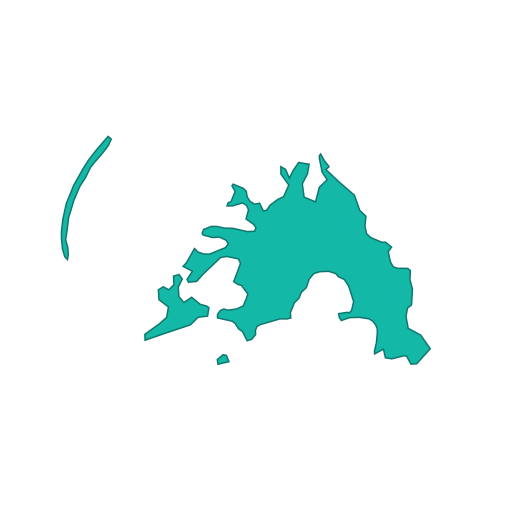 the district of St. Bernard, Louisiana, United States of America, rotated 201°
{"feature_id": "52423323B38935818871161", "entity_name": "St. Bernard", "entity_type": "district", "adm_level": 2, "iso_a3": "USA", "parent_name": "United States of America", "parent_adm1": "Louisiana", "projection": "equal_earth", "projection_center": [-89.414, 29.891], "detail": "fine", "context": "isolated", "style": "filled", "palette": "teal", "viewbox_px": 512, "rotation_deg": 201, "n_neighbors": 0, "source": "geoboundaries", "source_scale": "gbopen_adm2", "svg_char_len": 2885}
<svg xmlns="http://www.w3.org/2000/svg" viewBox="0 0 512 512"><g transform="rotate(201 256 256)"><path d="M111.3,209.6L110.2,207.1L103.6,214.7L98.7,207.3L92.3,208.7L82.0,216.0L79.5,216.5L72.6,210.6L67.4,212.9L60.1,231.9L74.0,241.2L88.0,243.0L94.3,253.3L95.9,261.6L93.3,266.1L98.1,281.2L103.8,289.1L106.7,297.7L109.9,298.8L119.5,295.2L124.2,295.2L128.6,298.9L134.1,307.5L132.6,312.9L140.1,315.3L143.3,313.9L155.4,314.3L160.7,316.4L164.9,322.7L167.6,332.5L175.4,335.7L185.9,348.0L204.7,354.8L221.8,361.8L219.8,365.4L220.4,366.0L226.4,369.5L232.2,374.4L232.3,374.1L232.8,372.6L231.9,370.0L224.4,358.1L216.9,352.6L221.5,342.9L219.8,327.9L232.2,328.2L238.6,340.0L237.4,351.3L239.3,360.7L249.7,358.6L252.0,348.9L252.8,340.6L259.5,347.5L264.8,348.3L262.1,341.4L250.8,334.0L251.5,321.3L256.0,316.6L261.0,308.6L262.5,302.4L265.3,300.7L271.5,306.6L275.8,303.9L281.2,304.9L285.3,307.9L288.3,312.9L291.9,314.6L303.1,314.9L303.6,312.9L298.6,308.9L298.8,297.7L301.0,295.9L301.0,292.4L295.8,294.4L287.6,300.7L283.1,299.9L279.5,296.4L278.6,287.0L269.6,284.7L266.3,282.5L266.1,278.7L272.8,275.7L287.7,273.5L295.2,270.8L303.4,269.5L308.5,267.5L314.4,262.0L314.4,257.8L312.8,256.6L302.7,257.8L297.1,260.5L289.8,260.1L286.2,257.6L287.6,252.8L300.1,241.1L305.7,239.1L311.6,238.9L316.1,240.9L318.5,224.9L320.4,220.2L309.9,219.0L312.0,209.5L309.7,207.3L302.3,211.0L298.9,220.0L288.5,241.9L283.1,245.1L271.3,247.0L267.8,243.5L267.6,224.1L262.9,223.0L259.0,223.3L250.0,217.6L249.8,212.2L250.0,204.8L253.3,201.5L255.5,199.4L262.9,195.3L267.0,195.0L269.8,192.3L271.0,187.7L269.8,184.4L254.7,186.6L251.2,185.5L246.1,181.7L241.5,180.6L233.9,173.7L230.1,176.8L228.2,182.6L229.8,186.1L229.9,190.4L227.5,193.4L211.2,205.8L204.6,208.3L201.3,210.6L203.6,215.4L203.4,226.0L200.7,232.1L200.7,238.2L197.7,244.5L198.1,253.3L195.8,260.2L190.9,264.2L182.7,267.7L175.3,268.2L171.7,266.2L165.0,265.7L158.7,261.1L148.5,248.4L147.3,239.7L148.4,236.3L150.5,236.2L158.2,231.8L156.2,228.5L153.3,226.3L146.5,232.0L137.7,235.7L128.2,237.8L123.7,237.1L120.1,234.9L118.9,233.8L117.0,232.0L115.2,227.7L112.5,218.1L111.8,212.9L111.3,209.6ZM279.7,182.5L281.4,190.8L284.1,191.6L290.7,190.9L299.7,193.9L301.3,194.4L306.7,186.7L313.4,190.5L317.4,199.0L316.6,208.1L321.2,211.1L325.8,207.7L322.3,199.8L325.3,193.2L331.6,194.0L335.0,189.4L330.9,180.4L319.5,177.1L317.4,166.7L322.0,157.9L331.7,143.1L329.4,137.6L315.4,149.4L292.5,168.3L288.1,178.1L279.7,182.5ZM430.7,185.1L431.8,190.3L435.1,197.0L439.6,203.0L441.2,210.7L444.7,224.8L445.2,232.4L446.0,242.2L445.4,258.1L443.3,267.8L442.2,279.7L440.0,286.4L437.5,293.2L435.3,299.6L433.4,306.5L433.0,313.3L437.0,314.6L443.1,297.6L446.8,285.2L448.8,275.2L451.5,256.8L451.9,237.0L449.5,221.2L446.3,208.8L443.9,202.7L439.2,193.3L434.3,186.8L430.7,185.1ZM247.0,145.2L243.4,147.6L248.0,152.6L251.3,152.1L255.0,145.5L252.7,141.3L247.0,145.2Z" fill="#14b8a6" stroke="#0f766e" stroke-width="1.5"/></g></svg>